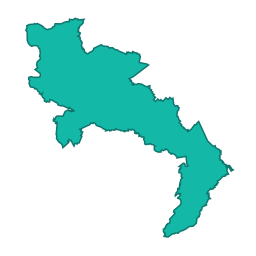 San Martín Hidalgo, Jalisco, Mexico (Robinson projection), rotated 93°
{"feature_id": "50627088B74426866843112", "entity_name": "San Martín Hidalgo", "entity_type": "district", "adm_level": 2, "iso_a3": "MEX", "parent_name": "Mexico", "parent_adm1": "Jalisco", "projection": "robinson", "projection_center": [-103.893, 20.459], "detail": "fine", "context": "isolated", "style": "filled", "palette": "teal", "viewbox_px": 256, "rotation_deg": 93, "n_neighbors": 0, "source": "geoboundaries", "source_scale": "gbopen_adm2", "svg_char_len": 5786}
<svg xmlns="http://www.w3.org/2000/svg" viewBox="0 0 256 256"><g transform="rotate(93 128 128)"><path d="M21.8,177.6L22.8,183.3L21.8,183.6L22.0,184.9L21.2,186.3L23.0,189.2L22.6,190.0L23.0,191.6L22.6,192.1L25.0,192.4L24.9,194.2L25.7,196.9L27.5,200.3L27.7,206.2L30.7,207.0L31.0,208.5L32.5,209.2L34.0,214.0L32.6,216.8L30.7,218.7L28.4,224.0L29.1,225.7L28.6,226.8L29.2,227.4L29.8,232.0L31.2,234.4L33.8,234.2L35.6,235.2L37.5,233.7L45.7,233.2L48.6,231.9L50.7,230.0L51.5,228.3L50.5,226.3L50.8,222.4L53.2,221.2L54.0,220.2L58.1,219.5L61.2,220.1L62.0,219.3L63.8,219.2L66.5,222.0L69.6,222.6L72.7,221.5L74.4,223.9L78.3,218.4L81.0,218.3L82.0,219.4L82.3,225.2L81.8,227.6L82.8,229.8L84.9,229.6L86.1,228.6L88.5,229.2L92.1,227.6L92.3,225.0L93.2,223.1L93.8,223.1L93.8,221.1L95.8,220.0L97.3,218.0L98.5,218.3L98.6,217.0L99.1,216.8L97.9,215.3L99.7,215.8L101.7,214.9L103.2,213.0L105.4,212.9L106.4,210.9L105.6,210.1L106.0,209.8L106.1,207.7L103.7,207.5L104.1,205.6L107.0,199.7L108.7,199.0L109.5,195.6L108.9,194.9L111.6,188.2L110.7,187.7L111.4,187.2L111.2,186.6L113.5,182.9L114.3,183.2L113.9,184.9L114.6,185.2L114.2,186.5L113.3,185.2L113.1,185.6L114.2,186.7L113.9,187.4L113.8,186.8L113.4,187.3L113.6,188.6L113.2,188.9L114.6,191.5L119.7,193.7L119.7,199.0L120.3,200.3L123.2,201.4L122.5,202.4L123.5,202.2L123.9,203.1L124.8,202.9L125.5,201.6L125.7,199.7L127.3,200.5L127.4,199.9L126.4,199.4L126.6,198.9L138.3,199.4L138.8,198.8L142.4,198.8L145.8,196.1L147.0,193.9L148.6,192.7L151.0,192.0L145.5,186.4L144.7,186.3L144.3,187.5L142.6,186.3L143.6,184.6L143.4,184.3L148.9,181.0L146.0,180.1L146.7,178.0L145.6,177.7L145.5,176.1L138.9,173.7L138.0,174.9L137.4,174.7L137.5,174.0L134.3,173.1L134.0,174.9L132.1,174.4L131.8,176.1L132.2,176.9L126.5,166.1L125.0,165.7L125.3,163.2L124.6,163.1L124.5,162.3L125.3,160.8L127.1,159.7L128.7,154.4L130.0,152.8L130.8,150.2L132.1,150.3L131.0,146.9L131.8,146.0L131.5,144.7L130.7,144.4L130.8,141.0L129.4,140.4L130.2,139.0L130.4,136.0L131.0,135.3L131.0,132.2L131.6,132.1L131.8,130.9L130.9,130.7L130.9,127.4L129.2,127.6L129.9,125.3L129.8,124.3L129.0,124.0L129.4,122.7L130.5,121.0L131.1,120.9L131.3,121.8L131.4,120.9L132.9,121.0L133.2,119.4L132.5,119.1L133.7,118.4L132.7,118.5L132.8,117.7L132.4,117.5L132.7,116.8L135.8,116.6L135.5,115.7L134.9,115.6L136.4,113.9L136.0,111.9L137.4,111.3L138.1,111.9L141.5,110.3L142.8,110.6L143.3,110.0L143.6,109.3L142.7,106.2L143.2,106.0L142.4,104.8L143.4,103.3L143.2,102.4L143.9,100.9L145.3,100.6L145.2,100.2L146.1,100.8L148.5,100.5L149.5,99.3L150.5,96.5L150.2,93.7L149.0,93.8L148.1,93.0L148.8,91.7L147.8,89.7L146.9,89.2L148.3,86.8L150.5,85.6L151.1,83.7L151.5,83.9L151.8,83.1L151.1,82.6L151.9,80.1L154.7,77.2L155.3,77.4L153.3,68.6L161.1,67.3L162.6,65.9L163.4,68.2L162.7,68.9L161.0,69.3L160.3,70.0L160.3,71.0L163.7,74.8L163.7,73.2L165.3,73.1L165.6,74.1L167.3,74.0L167.3,74.8L169.9,74.8L170.0,73.1L171.4,72.0L173.2,72.4L174.8,71.8L174.8,71.3L176.9,72.6L181.0,73.3L181.2,72.7L181.9,72.8L181.8,73.5L183.9,73.4L185.5,74.2L186.1,73.8L185.9,75.1L188.5,75.2L190.1,76.4L193.0,77.4L192.6,77.6L193.3,77.3L190.7,74.2L191.1,73.9L190.6,72.9L190.8,72.1L191.9,72.7L192.5,72.2L194.2,73.5L194.7,74.6L195.5,74.7L196.2,72.4L196.9,71.9L197.9,71.3L200.8,71.1L203.4,73.0L207.8,77.8L209.7,78.0L210.2,76.7L211.1,76.8L217.0,81.7L218.0,81.1L220.8,81.5L221.5,83.5L222.5,83.6L222.6,84.4L224.7,85.4L225.6,85.2L225.6,85.8L226.6,86.0L227.2,87.4L230.1,87.0L230.6,85.9L231.5,86.0L231.7,85.2L232.8,85.6L233.5,85.1L233.4,85.5L234.5,87.0L234.3,86.4L234.8,82.3L231.3,78.0L231.2,76.1L230.1,74.6L230.5,72.5L228.1,70.3L227.8,68.4L225.7,64.8L223.2,61.8L222.7,58.0L219.5,54.8L214.9,54.5L213.6,53.6L212.8,52.2L211.8,52.4L210.7,51.6L207.6,52.0L206.2,50.3L205.6,50.7L204.9,50.0L202.9,49.8L201.9,47.8L201.1,47.2L201.4,46.4L200.9,45.6L199.4,45.8L195.5,44.3L194.6,43.7L194.2,42.1L192.6,44.0L191.4,44.3L191.6,43.5L188.8,43.9L189.4,45.8L187.5,45.1L184.3,42.4L184.9,42.2L184.3,39.8L183.5,40.0L182.8,38.0L181.1,38.6L180.5,36.7L179.6,37.0L179.3,36.0L178.7,36.3L178.0,35.1L176.2,36.0L174.9,33.7L171.5,30.9L170.9,28.4L169.7,28.4L169.7,27.1L169.0,27.1L168.9,25.3L165.3,27.2L163.6,26.7L161.2,28.1L160.3,27.8L161.9,25.9L161.7,25.2L165.6,22.7L164.3,20.8L163.9,21.8L160.2,24.6L160.3,27.8L159.3,28.3L159.4,29.7L157.4,30.9L157.9,31.7L157.1,32.2L156.6,31.4L155.4,32.6L155.3,34.2L154.5,34.1L153.8,35.1L152.4,34.5L150.8,35.0L149.5,33.8L146.3,34.0L147.0,34.9L145.0,35.3L143.3,39.2L141.1,40.1L141.9,41.9L136.8,47.8L117.8,57.8L119.7,59.5L120.9,59.6L121.2,61.6L126.1,64.9L128.5,67.9L128.2,68.4L126.9,67.6L126.5,68.1L127.2,69.0L125.4,72.1L125.1,71.8L122.6,75.2L121.8,74.7L120.0,77.1L118.4,75.9L117.3,77.4L113.7,78.9L113.5,80.0L108.7,79.5L107.5,78.5L105.0,78.1L104.7,79.2L103.4,79.3L103.1,80.5L103.8,81.8L102.0,83.6L96.0,84.7L96.9,85.4L95.3,87.8L97.4,89.4L95.8,91.7L99.5,94.4L97.9,96.7L99.1,97.6L97.5,99.8L100.0,101.7L98.4,104.0L96.0,102.1L94.4,104.5L93.2,103.6L91.7,105.8L90.8,105.3L89.6,107.2L88.7,106.6L87.3,109.0L86.5,108.3L84.6,108.4L85.2,109.5L85.1,110.2L85.8,110.3L85.9,111.7L83.4,117.0L83.2,120.6L84.2,121.6L83.8,124.0L84.9,125.2L84.4,126.0L83.0,125.1L82.4,126.7L81.5,126.8L81.0,128.1L80.3,127.3L78.7,129.6L76.8,125.9L64.0,110.8L63.2,112.3L62.0,120.3L55.9,119.4L54.5,120.5L53.8,120.3L53.3,122.9L52.7,122.8L52.3,126.6L51.6,126.5L51.4,127.4L53.2,127.9L52.1,131.8L52.8,132.0L52.5,133.2L54.4,133.4L51.5,141.6L50.6,142.6L50.2,145.4L48.6,147.6L49.0,151.4L47.7,152.1L47.4,157.5L46.2,159.0L50.3,166.4L51.5,166.4L53.5,168.1L54.4,170.1L56.0,171.9L55.8,173.4L54.8,174.2L54.7,175.2L52.3,175.8L52.5,176.6L51.1,178.0L50.6,177.9L50.7,177.1L48.8,178.8L44.7,178.3L44.3,179.2L43.2,179.4L42.1,180.5L40.0,180.5L38.9,182.9L38.0,181.3L35.6,180.6L35.1,182.3L34.0,182.3L34.1,183.0L31.8,182.5L31.0,182.8L30.7,182.0L29.8,182.3L29.6,181.6L28.2,181.3L27.6,180.1L25.4,178.3L23.2,178.4L21.8,177.6Z" fill="#14b8a6" stroke="#0f766e" stroke-width="1.5"/></g></svg>